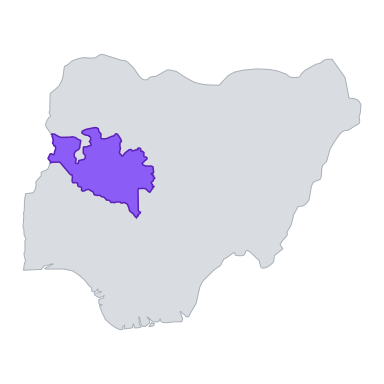 Niger highlighted on a map of Nigeria
{"feature_id": "NGA-2851", "entity_name": "Niger", "entity_type": "State", "adm_level": 1, "iso_a3": "NGA", "parent_name": "Nigeria", "parent_adm1": "", "projection": "mercator", "projection_center": [5.482, 9.777], "detail": "fine", "context": "in_parent", "style": "filled", "palette": "violet", "viewbox_px": 384, "rotation_deg": 0, "n_neighbors": 0, "source": "natural_earth", "source_scale": "10m", "svg_char_len": 7812}
<svg xmlns="http://www.w3.org/2000/svg" viewBox="0 0 384 384"><path d="M332.1,59.2L345.0,77.5L347.7,91.0L348.8,97.6L350.9,98.4L355.0,98.8L357.9,100.1L359.7,102.3L360.7,104.4L361.0,105.6L360.1,113.6L359.1,116.6L359.7,120.5L359.5,122.2L359.1,123.4L357.3,124.7L354.8,126.0L348.9,129.9L347.3,130.4L344.8,130.5L342.7,131.5L340.2,133.6L334.7,141.3L330.1,149.0L326.6,161.5L322.6,165.3L321.8,168.8L321.2,176.6L320.5,178.9L319.9,179.6L315.5,181.1L312.9,182.9L311.4,186.4L309.4,198.3L308.8,200.3L307.3,202.4L305.1,204.6L303.1,205.8L298.0,206.7L293.2,215.6L293.2,217.2L291.0,225.3L287.3,231.5L287.1,235.4L282.4,240.8L280.0,244.5L282.5,248.3L282.7,248.9L274.7,255.4L274.2,256.4L273.9,260.9L273.3,262.1L271.8,263.7L269.7,265.5L267.5,266.9L265.0,267.9L262.7,268.2L261.3,267.7L260.6,266.3L259.2,260.8L258.6,259.7L257.0,258.6L250.9,252.6L247.2,250.4L246.4,250.6L245.8,251.2L244.7,254.2L243.7,255.3L241.7,255.7L238.3,255.7L235.8,255.3L235.3,254.7L234.1,252.3L226.5,257.8L223.8,259.1L220.4,265.6L215.6,268.8L212.3,271.6L203.4,280.5L201.6,283.1L199.9,286.9L196.1,303.5L190.0,313.9L189.1,316.1L188.8,316.0L188.0,317.0L185.6,316.4L184.6,314.4L183.1,314.1L180.6,311.3L180.0,311.8L182.7,318.9L181.7,321.7L174.2,321.8L167.8,322.7L163.4,322.6L161.1,321.6L160.1,318.9L159.8,319.2L159.5,320.6L158.1,321.8L153.2,322.0L151.0,320.2L149.2,318.1L147.3,317.2L147.6,318.1L149.8,320.1L149.5,322.9L145.5,326.3L142.9,326.4L141.4,325.0L140.6,322.7L140.2,319.2L139.1,317.0L138.5,317.0L139.2,320.7L139.3,324.2L141.2,326.9L138.2,327.8L134.7,327.9L134.3,326.9L133.8,324.6L133.2,324.0L132.5,327.8L125.3,328.9L124.3,328.8L124.1,328.0L124.6,327.0L124.5,325.3L122.9,326.6L122.6,329.2L121.7,329.7L119.0,329.3L116.0,327.9L111.1,324.6L105.2,319.2L104.2,316.7L102.5,313.7L99.4,305.5L99.9,305.1L101.3,305.5L102.0,304.8L99.5,304.2L99.0,303.6L98.8,301.8L98.9,299.5L102.7,298.4L103.6,297.0L104.1,295.7L99.4,297.7L95.1,295.4L94.2,294.0L94.6,292.9L99.7,292.8L101.4,291.8L100.4,291.4L98.4,291.4L97.7,290.7L97.8,289.0L97.2,289.4L96.3,290.9L93.4,292.0L91.7,290.9L91.5,288.4L91.2,287.3L89.7,286.5L84.6,280.0L78.2,274.5L72.4,270.8L63.8,269.0L45.7,269.1L44.7,268.6L45.8,267.7L47.4,267.1L53.2,264.1L52.2,263.7L46.2,265.6L44.1,265.8L41.4,269.4L23.6,270.2L23.7,268.5L24.4,263.8L25.5,260.4L24.3,256.4L24.0,252.8L24.8,251.7L25.0,250.3L24.9,241.0L25.8,239.6L25.8,238.6L24.0,234.6L24.0,231.6L23.7,228.6L23.0,227.3L23.8,215.9L23.5,213.1L24.1,211.1L24.4,206.1L24.4,201.3L25.6,193.7L33.2,192.7L35.1,189.7L36.1,185.9L35.8,182.1L38.2,178.9L41.2,175.9L41.1,172.7L42.0,171.8L43.4,171.0L45.4,170.6L47.7,169.0L49.0,166.3L50.2,161.8L48.2,158.7L48.3,158.0L49.0,156.3L50.2,154.6L51.2,154.1L53.4,154.5L54.1,153.8L55.5,148.9L55.4,147.6L53.3,144.3L52.2,135.3L51.6,134.1L50.0,132.5L45.7,126.2L45.8,123.2L47.6,119.4L48.8,117.5L50.4,116.5L50.7,115.6L50.2,114.5L49.4,113.7L49.2,112.0L50.1,109.6L49.8,106.9L50.2,93.4L53.7,90.7L58.7,86.3L61.3,81.6L62.7,78.1L64.4,66.4L67.1,65.2L72.1,60.9L79.0,58.4L83.5,57.6L91.4,58.1L95.4,57.7L98.8,55.4L100.3,54.7L102.4,54.3L122.0,60.4L123.8,60.2L125.3,60.6L127.8,62.2L133.5,67.8L139.6,76.6L141.5,78.5L143.3,79.5L145.3,79.9L146.7,79.7L148.1,78.9L150.0,77.2L152.9,76.5L155.2,76.6L167.4,69.9L168.6,69.8L176.1,71.3L186.3,78.0L194.7,82.4L200.5,83.9L207.4,84.9L219.1,85.2L228.0,75.8L231.3,73.7L235.2,71.9L243.5,70.1L257.2,68.9L270.0,69.5L277.9,71.1L286.3,74.2L290.0,77.1L295.6,77.6L299.7,77.0L301.1,74.1L305.1,70.2L311.3,66.7L316.3,64.2L320.4,63.1L324.1,60.2L327.0,59.3L332.1,59.2ZM153.6,325.7L150.9,326.5L149.1,326.3L151.6,322.6L152.8,323.4L154.4,323.7L153.6,325.7Z" fill="#d9dde1" stroke="#a8b0b8" stroke-width="1"/><path d="M53.3,154.7L53.8,154.7L54.2,154.1L54.4,153.6L54.4,152.1L54.7,151.3L55.4,149.9L55.6,149.1L55.6,148.2L55.6,147.5L55.5,146.7L55.2,146.2L54.9,145.9L54.5,145.9L54.1,145.8L53.8,145.4L53.6,144.5L53.4,144.2L53.2,143.9L53.0,143.7L52.7,143.5L52.6,143.1L52.6,142.6L53.2,141.1L53.3,140.3L52.7,137.7L52.4,137.2L52.2,136.7L52.1,136.1L52.1,135.5L52.4,134.4L52.1,134.1L51.9,134.1L52.1,133.9L54.7,134.2L57.2,135.8L60.4,137.2L61.9,137.4L69.6,137.2L72.5,136.8L75.4,137.5L78.8,139.8L80.7,140.4L80.7,141.1L79.8,146.2L79.8,147.3L79.7,147.8L79.5,148.2L78.8,148.9L78.8,149.4L75.5,151.3L74.4,153.1L74.2,155.3L74.3,156.4L74.8,157.4L75.5,157.9L76.1,158.6L75.9,160.7L75.5,162.8L76.2,163.4L78.1,163.5L78.5,162.8L78.5,161.6L78.8,160.6L79.8,160.3L83.0,159.6L84.0,159.2L84.8,158.6L85.5,156.8L84.7,154.8L83.3,153.1L83.2,152.1L83.3,151.1L83.2,148.9L83.6,147.0L84.5,146.7L86.5,147.0L88.4,146.0L90.4,145.5L91.2,144.9L90.5,143.0L89.4,141.5L90.7,139.8L90.7,138.6L90.4,137.5L90.1,136.6L89.3,136.4L88.9,136.2L88.7,135.7L88.3,135.4L87.8,135.4L85.7,135.1L83.6,134.2L81.8,132.9L82.3,131.1L86.2,129.3L94.5,127.6L96.6,127.7L98.3,128.7L98.7,130.8L99.7,132.7L100.6,133.2L101.0,134.2L100.8,136.4L100.9,137.6L101.2,138.6L102.0,138.8L104.8,138.8L106.7,138.5L111.6,136.4L112.6,136.1L113.6,136.1L114.3,135.5L114.6,135.0L115.3,134.2L115.7,133.9L116.7,133.8L117.6,134.4L118.8,136.0L121.0,139.6L121.4,141.6L120.8,141.8L120.3,142.5L120.0,143.2L119.9,145.6L119.9,146.3L120.4,147.8L120.4,148.1L120.4,148.5L120.3,149.1L119.9,150.1L119.8,150.4L119.8,151.2L119.7,151.6L119.6,151.9L119.5,152.5L119.6,153.5L120.6,154.2L121.3,155.0L121.7,156.0L122.7,155.9L123.5,155.0L124.0,154.1L125.5,152.5L128.9,149.9L130.9,149.4L131.6,149.9L132.0,150.8L132.9,151.0L135.0,150.1L136.0,149.8L137.1,150.0L137.8,149.6L137.6,148.4L138.6,148.0L139.6,148.1L140.5,148.5L140.7,149.0L140.9,151.4L141.3,151.5L142.3,151.2L143.9,152.5L143.9,154.8L143.6,155.8L144.2,156.5L146.2,157.2L147.0,157.8L147.0,158.8L146.3,159.7L145.3,160.3L144.4,161.0L143.7,162.0L142.7,162.6L142.1,163.4L143.3,165.0L145.4,165.9L147.5,166.1L151.7,166.1L153.0,167.0L153.6,171.6L153.5,172.7L152.8,173.3L151.9,173.3L151.3,173.8L151.8,174.6L152.9,174.9L153.5,175.4L153.2,176.2L153.6,176.9L154.5,177.4L154.7,178.3L154.0,179.0L153.6,179.4L153.3,179.8L153.2,180.4L153.1,181.0L151.5,182.1L151.3,183.1L151.9,184.0L152.2,184.2L152.7,184.9L152.7,185.3L152.3,186.1L152.5,186.6L153.2,186.4L153.9,186.5L149.9,192.2L149.8,192.3L148.4,191.5L145.8,188.9L144.1,188.4L138.8,188.6L138.2,188.9L138.0,189.8L138.3,210.2L138.5,210.7L139.2,211.9L140.4,212.1L140.1,213.2L139.2,214.0L138.7,214.2L138.2,214.6L138.3,215.3L138.1,215.8L137.7,215.5L137.4,215.8L137.1,216.5L136.9,217.3L136.4,217.8L136.3,217.6L135.9,217.2L135.5,216.9L134.4,215.7L133.3,214.0L133.0,213.6L130.2,211.5L130.0,211.3L129.3,210.0L129.0,208.6L128.9,207.8L128.8,207.6L128.7,207.3L128.5,207.0L128.1,206.2L128.0,205.9L128.0,205.4L127.3,204.2L126.9,203.8L126.5,203.6L125.9,203.5L124.9,202.8L124.7,202.6L124.2,202.6L122.9,202.8L121.4,203.1L121.1,203.0L120.3,202.2L119.9,202.1L119.4,202.0L116.3,202.0L115.6,202.2L114.7,202.6L114.4,202.7L114.0,202.6L112.7,202.4L111.2,202.5L110.9,202.4L110.7,202.2L110.4,201.6L110.0,201.1L109.6,200.5L109.4,200.4L108.8,200.2L108.6,200.2L106.9,200.1L106.5,200.0L106.1,199.7L105.7,199.0L105.5,198.7L105.3,198.5L104.7,197.9L104.3,197.5L104.1,197.3L103.7,197.1L103.4,197.0L103.0,196.9L102.1,196.8L101.7,196.8L101.4,196.6L101.0,196.3L100.5,195.8L100.2,195.6L99.9,195.4L99.5,195.3L97.6,195.4L94.9,195.0L94.5,194.8L94.1,194.6L93.9,194.2L93.9,193.9L93.9,193.6L93.9,193.3L93.7,193.0L93.3,192.5L92.8,191.8L92.4,191.5L90.9,190.8L89.9,190.2L89.4,189.9L88.7,189.4L88.3,189.4L87.9,189.4L86.1,189.9L84.8,190.7L83.7,191.0L82.8,191.1L82.0,190.8L81.5,190.3L81.5,189.4L81.6,188.5L81.6,187.8L81.2,187.2L80.4,186.9L79.0,186.7L78.6,186.5L78.1,186.2L77.9,185.8L77.8,185.3L77.8,184.8L77.7,184.8L77.7,184.3L77.7,183.2L75.1,182.6L73.1,182.9L72.1,181.3L72.2,179.1L72.4,176.8L72.0,174.9L71.0,174.9L70.6,174.6L70.1,174.3L60.6,163.0L59.8,162.3L57.9,162.1L53.4,162.2L50.9,162.6L50.7,162.7L50.8,162.2L50.7,161.7L50.5,161.4L48.6,159.4L48.2,158.7L48.1,158.2L48.7,156.9L49.4,155.8L49.5,155.4L49.6,154.9L49.6,154.7L49.8,154.4L50.4,153.9L50.9,153.7L51.5,153.8L53.3,154.7Z" fill="#8b5cf6" stroke="#5b21b6" stroke-width="1.5"/></svg>